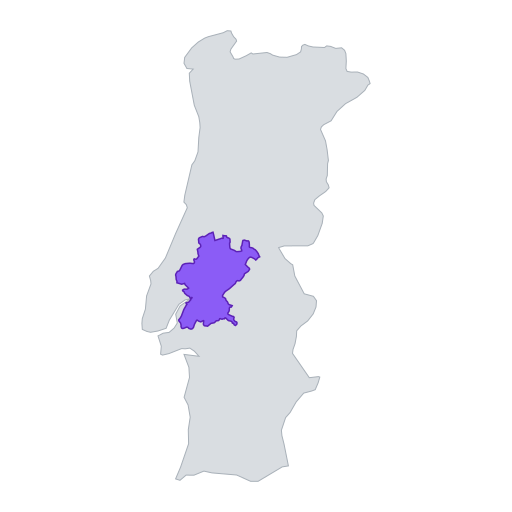 location of Santarém within Portugal
{"feature_id": "PRT-748", "entity_name": "Santarém", "entity_type": "District", "adm_level": 1, "iso_a3": "PRT", "parent_name": "Portugal", "parent_adm1": "", "projection": "natural_earth1", "projection_center": [-8.43, 39.286], "detail": "fine", "context": "in_parent", "style": "filled", "palette": "violet", "viewbox_px": 512, "rotation_deg": 0, "n_neighbors": 0, "source": "natural_earth", "source_scale": "10m", "svg_char_len": 6195}
<svg xmlns="http://www.w3.org/2000/svg" viewBox="0 0 512 512"><path d="M191.7,47.9L198.3,42.0L204.7,38.1L208.3,36.7L223.3,32.7L227.2,30.7L230.9,31.0L231.5,33.0L233.6,36.7L236.0,39.2L236.6,41.1L230.9,49.1L230.1,51.8L233.1,57.0L233.6,58.5L235.1,59.2L239.1,59.0L246.3,55.7L251.2,52.9L252.9,54.0L267.0,52.5L270.4,53.7L272.6,55.1L279.6,57.1L287.1,57.3L296.5,54.6L300.6,51.9L301.4,48.9L301.5,46.6L302.8,45.2L304.9,44.4L308.2,45.9L313.0,47.0L324.5,47.5L326.7,45.9L330.6,46.4L335.7,48.4L341.6,47.8L344.6,50.3L345.9,53.7L346.3,61.1L345.9,68.6L347.1,71.4L351.1,72.1L357.5,72.0L363.4,74.0L367.9,77.5L369.4,81.2L370.1,83.6L367.9,85.1L364.8,90.4L356.9,97.3L345.6,103.6L337.0,111.4L331.1,120.8L323.7,124.7L321.4,126.9L320.5,129.4L325.5,140.9L327.1,149.7L328.4,160.5L327.6,163.6L327.3,175.5L326.1,179.0L326.4,181.8L328.3,184.9L329.1,187.8L325.7,191.5L319.5,195.8L314.9,199.6L313.6,203.1L314.0,205.4L321.8,212.9L323.3,216.0L322.2,223.4L317.8,235.6L313.5,243.0L312.8,243.7L307.9,245.8L284.3,245.9L278.6,247.6L279.4,249.1L285.0,258.6L290.8,263.7L292.7,264.8L294.8,276.0L304.2,293.8L313.4,296.3L316.5,300.7L316.0,307.0L313.2,313.9L307.7,320.9L301.0,325.9L296.7,330.8L296.4,336.5L295.0,343.8L293.0,349.5L292.5,353.4L309.3,377.7L318.5,376.6L319.8,377.1L318.1,382.9L315.2,389.7L311.7,391.0L303.7,393.1L296.2,401.9L290.1,412.5L285.6,417.6L281.4,430.2L281.9,435.6L284.0,444.0L288.4,465.9L282.2,466.9L258.1,481.3L250.6,481.3L236.6,475.0L212.0,472.9L203.9,471.1L193.9,475.2L186.1,475.1L180.0,480.3L175.6,478.9L180.6,467.1L188.6,443.8L188.3,429.6L190.2,417.2L188.1,405.0L184.1,397.3L189.5,377.5L188.9,367.3L184.0,354.4L199.0,356.3L194.4,351.2L189.8,348.1L185.4,348.8L181.6,348.6L168.9,353.6L162.5,355.1L160.6,354.2L161.3,346.2L158.0,335.9L163.1,333.2L169.1,332.4L174.2,328.0L177.3,323.0L175.7,314.2L180.1,305.9L190.4,298.8L185.1,299.9L178.9,304.3L169.3,320.2L166.1,328.3L157.9,331.0L150.5,332.3L146.8,331.4L142.3,329.4L141.9,323.4L142.3,318.6L145.4,309.2L146.6,295.9L151.0,283.9L150.7,280.7L149.4,276.0L153.3,271.3L158.1,268.3L165.4,258.0L175.6,233.6L187.3,207.7L186.3,204.6L183.9,202.1L184.8,195.2L191.9,164.8L194.8,160.8L198.0,151.9L198.8,137.5L200.1,127.6L199.8,122.7L198.8,116.7L194.3,105.3L189.7,81.2L189.3,73.2L193.2,69.1L186.9,68.5L184.0,63.3L184.7,57.4L191.7,47.9Z" fill="#d9dde1" stroke="#a8b0b8" stroke-width="1"/><path d="M190.5,299.5L191.6,298.4L192.3,297.1L190.4,298.5L189.8,297.3L189.5,296.8L189.2,296.5L188.8,296.1L187.3,295.6L186.9,295.2L184.8,293.4L184.5,292.9L184.0,291.7L183.5,291.4L182.9,291.1L182.6,290.6L182.6,290.1L183.6,289.4L184.5,289.1L186.6,289.2L187.7,288.9L188.6,288.1L185.1,284.7L184.6,283.4L181.7,284.2L176.9,282.8L177.0,281.5L176.2,279.4L176.0,276.6L175.6,275.0L175.9,273.9L177.4,271.4L178.8,271.1L179.4,270.7L180.0,269.8L182.2,265.3L183.2,264.4L185.3,263.6L189.9,263.2L193.3,263.6L194.3,262.9L194.4,262.2L194.5,261.9L194.4,261.6L194.0,260.6L193.8,259.9L193.9,259.3L194.2,258.9L194.7,258.9L195.3,259.2L196.0,259.2L196.6,259.0L198.4,256.7L198.8,256.1L198.0,253.7L197.9,252.1L197.3,249.3L198.8,248.2L199.4,247.8L200.0,247.4L200.5,246.9L200.8,246.1L200.5,244.7L200.0,244.0L199.4,243.5L198.9,243.1L198.7,242.4L198.7,241.4L198.5,239.8L198.5,239.1L198.9,238.3L199.3,237.8L202.5,236.4L203.8,236.7L204.6,236.6L205.9,235.9L209.3,233.5L210.3,233.2L210.9,233.2L211.9,232.5L213.0,232.2L213.9,235.8L214.1,236.8L214.6,238.9L214.7,239.6L214.8,240.1L214.9,240.5L216.2,240.1L219.1,239.1L220.0,238.9L221.5,238.2L222.9,238.4L223.2,238.2L223.0,236.5L222.9,235.8L223.0,235.4L223.5,235.6L226.4,235.9L226.8,237.2L227.5,237.7L228.4,237.9L229.2,238.3L229.7,238.7L229.9,239.2L230.0,239.7L230.0,240.1L230.0,240.6L230.1,242.2L229.6,243.0L229.6,244.6L229.9,247.8L230.5,248.9L234.4,250.4L236.2,251.6L237.7,251.6L240.2,251.4L241.7,250.9L241.7,250.4L241.6,249.8L241.0,248.5L241.0,247.5L241.3,246.4L241.9,245.5L242.7,241.0L243.0,240.4L244.5,240.1L246.7,240.9L248.4,240.9L248.8,241.3L249.0,241.8L249.2,242.5L249.2,243.1L249.3,243.8L249.4,245.1L249.3,246.5L249.5,247.2L250.0,247.4L250.7,247.6L251.6,247.7L253.0,248.2L254.0,249.1L255.3,249.8L256.8,251.5L258.3,253.7L258.5,254.4L259.1,255.9L259.7,256.8L258.2,257.6L257.7,258.0L256.4,259.6L256.1,259.8L255.7,260.0L255.6,259.8L254.6,258.9L251.8,257.4L250.5,257.1L249.5,257.4L248.3,258.5L246.8,260.7L245.3,264.5L248.1,267.3L249.2,268.1L249.5,268.7L249.6,269.3L248.2,271.4L244.8,273.6L244.3,274.1L244.1,275.3L243.8,275.9L242.8,277.4L241.1,279.4L240.9,279.8L240.5,280.2L240.0,280.6L239.0,280.9L237.6,280.6L237.0,280.8L236.1,281.7L235.3,283.5L233.6,284.9L229.5,288.6L225.6,291.3L224.6,292.3L222.6,295.4L222.6,296.9L224.2,297.6L225.0,298.1L225.6,298.7L225.8,299.6L226.1,300.3L226.5,300.9L227.3,301.6L227.8,302.5L228.0,303.2L228.2,303.8L229.1,304.6L232.2,305.6L231.6,306.7L231.2,307.1L230.2,307.1L229.9,307.2L229.5,307.7L229.3,308.6L229.3,310.0L229.1,310.9L228.8,311.7L228.4,312.2L228.0,312.7L227.8,313.3L227.9,314.0L228.5,314.4L229.0,314.8L232.6,316.4L233.5,316.5L233.8,316.8L234.1,317.4L233.7,318.9L233.7,319.6L234.2,320.4L235.3,321.6L235.9,321.7L236.5,321.9L236.9,322.4L237.0,323.2L236.7,324.4L235.4,325.5L234.3,324.9L234.0,324.5L233.6,323.4L233.2,323.2L232.9,323.3L232.5,323.2L232.2,322.9L232.2,322.3L231.9,321.8L231.4,321.4L230.7,321.1L228.5,320.6L227.9,320.2L226.0,318.2L225.5,317.9L225.0,317.9L224.7,318.3L224.6,318.7L224.2,318.9L223.8,318.8L223.1,318.8L222.3,319.2L221.4,319.1L220.2,318.6L219.7,318.7L219.5,319.1L219.4,319.6L219.1,320.0L218.7,320.4L218.4,320.6L217.8,320.7L217.0,320.7L216.3,320.8L214.8,322.3L214.1,322.8L211.0,323.4L207.6,326.2L205.8,325.9L205.1,325.9L204.3,325.7L203.5,324.7L203.4,324.0L203.4,323.2L203.5,322.6L203.6,321.9L203.7,321.3L203.7,320.8L203.3,320.6L202.1,321.2L200.8,321.9L198.8,321.2L198.0,320.7L197.6,320.4L197.1,320.1L196.6,320.3L194.5,324.2L193.7,326.7L193.5,327.4L192.4,328.7L191.2,329.1L190.8,329.1L188.8,328.4L188.1,327.5L187.6,327.3L186.8,327.1L185.6,327.5L184.9,327.9L183.4,328.4L182.6,328.5L181.9,328.3L181.4,327.7L181.0,326.4L181.1,325.2L180.6,323.2L180.3,322.6L180.0,322.3L178.8,320.8L178.8,319.7L179.8,318.6L180.3,317.9L181.4,316.0L183.8,309.6L184.6,308.1L185.2,307.2L185.6,306.3L186.9,304.3L186.2,303.7L186.0,302.9L188.6,302.2L190.0,300.6L190.4,300.3L190.6,300.0L190.5,299.5Z" fill="#8b5cf6" stroke="#5b21b6" stroke-width="1.5"/></svg>